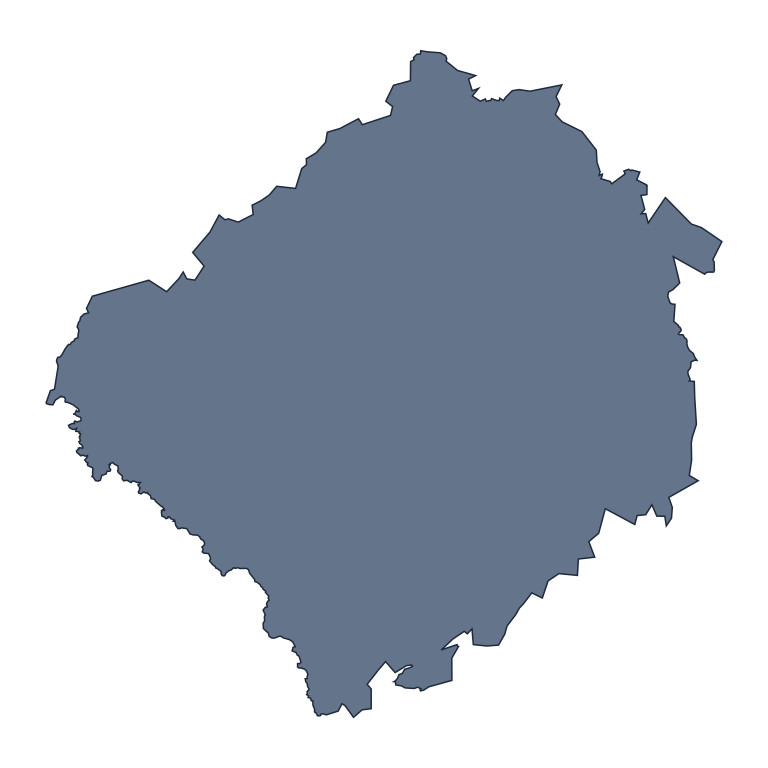 outline of Uthukela, KwaZulu-Natal, South Africa
{"feature_id": "47623444B45932738864801", "entity_name": "Uthukela", "entity_type": "district", "adm_level": 2, "iso_a3": "ZAF", "parent_name": "South Africa", "parent_adm1": "KwaZulu-Natal", "projection": "robinson", "projection_center": [29.405, -28.737], "detail": "fine", "context": "isolated", "style": "filled", "palette": "slate", "viewbox_px": 768, "rotation_deg": 0, "n_neighbors": 0, "source": "geoboundaries", "source_scale": "gbopen_adm2", "svg_char_len": 5993}
<svg xmlns="http://www.w3.org/2000/svg" viewBox="0 0 768 768"><path d="M410.6,61.6L410.4,80.7L393.5,85.3L385.8,101.2L392.6,106.6L390.5,115.4L362.3,124.7L358.5,118.7L339.7,128.6L327.3,132.2L325.6,142.3L316.1,152.9L306.3,158.7L306.5,164.7L301.7,168.6L295.6,188.4L276.7,186.3L269.3,195.0L260.7,200.9L252.1,205.2L253.2,214.5L238.2,222.1L228.3,218.8L225.0,219.8L219.1,215.0L210.0,232.0L192.7,252.4L204.1,266.1L195.0,280.1L186.8,278.9L183.2,272.0L178.9,278.6L166.6,291.7L148.8,280.2L92.3,296.2L86.5,308.4L88.6,312.8L84.0,314.0L80.6,317.2L79.7,321.2L78.6,322.2L77.1,327.0L78.3,328.7L78.8,330.9L78.0,334.7L78.0,337.5L74.7,339.1L74.2,340.8L71.3,342.5L70.2,344.5L68.4,344.5L65.1,348.9L62.3,354.1L59.8,357.2L57.8,357.3L56.9,359.2L56.5,361.3L58.2,365.9L54.6,388.5L54.3,389.4L50.4,390.6L46.1,402.8L46.4,403.6L49.3,404.6L52.9,404.8L55.4,400.1L61.2,396.2L61.9,397.0L64.0,397.0L65.4,399.0L65.0,401.3L65.4,402.1L68.0,402.5L73.1,404.8L78.5,409.0L79.2,411.5L77.7,411.6L76.3,410.4L74.9,413.9L73.1,414.0L75.1,414.4L76.9,415.9L80.4,417.3L81.1,418.8L80.9,420.7L76.9,422.0L75.0,421.0L74.1,422.1L74.4,423.5L72.0,423.6L68.5,425.3L69.5,427.7L72.6,429.4L74.5,429.4L76.6,428.3L75.7,431.2L79.5,432.0L79.1,433.1L80.6,433.9L79.4,436.8L79.9,436.9L79.5,437.7L80.4,440.5L78.9,441.7L79.7,443.5L81.9,445.1L82.8,447.3L82.4,448.3L79.8,447.6L78.3,448.2L78.9,449.1L76.5,450.7L76.7,452.2L80.7,455.8L83.0,455.2L85.1,456.1L87.0,455.7L86.5,456.4L87.4,457.0L84.7,460.0L86.6,462.4L88.0,462.9L87.3,464.2L87.8,465.6L92.6,467.8L92.9,469.3L92.5,473.0L93.0,474.7L91.9,476.4L93.5,477.6L95.4,480.6L98.3,481.1L100.3,480.3L101.8,475.4L106.1,474.0L107.0,471.3L110.0,471.2L110.7,469.6L109.1,467.4L109.7,465.7L109.1,465.0L110.1,464.7L109.5,464.2L110.1,463.6L112.3,462.6L113.2,462.8L113.4,463.5L117.9,466.1L118.3,469.0L117.7,470.5L117.9,471.6L118.7,472.9L121.9,475.6L122.5,476.9L122.1,478.7L123.5,480.8L127.0,480.3L131.2,482.6L132.1,481.4L133.9,481.1L137.3,482.6L140.4,482.4L139.1,484.2L137.9,484.9L140.1,488.0L139.5,488.5L139.6,489.7L138.4,491.6L138.6,493.0L140.9,493.9L144.0,492.0L145.6,493.0L147.5,492.5L147.6,493.5L150.4,495.5L151.2,498.7L154.5,499.3L155.8,501.5L160.7,505.9L163.0,507.3L164.7,510.0L163.8,510.4L162.7,509.6L161.4,510.8L161.9,511.6L161.4,512.2L161.9,516.1L164.6,517.3L166.1,518.7L168.0,518.0L168.1,516.7L169.5,516.9L170.6,518.6L174.5,520.2L173.3,521.2L175.0,521.5L175.8,525.5L177.9,528.5L179.4,528.7L181.5,527.9L186.7,528.6L190.1,534.0L193.0,534.9L197.7,535.2L199.6,536.8L200.8,539.0L203.8,541.0L204.7,543.7L203.7,545.7L201.9,547.0L203.0,548.9L203.0,550.4L202.2,551.8L203.8,553.1L208.6,553.6L210.4,557.6L210.4,559.5L209.6,560.3L209.6,561.0L213.1,565.1L215.1,566.4L215.8,568.1L217.1,568.4L221.0,571.4L221.1,573.6L222.0,575.4L223.9,576.0L225.0,575.3L225.9,573.2L228.7,570.8L231.2,570.0L233.4,567.8L235.5,568.3L237.8,567.7L240.0,568.5L246.5,568.4L248.6,569.8L249.6,573.2L254.6,579.5L254.9,581.7L256.4,581.9L260.4,584.8L260.7,586.2L262.6,587.7L263.1,589.2L265.7,591.2L265.4,592.3L268.8,596.3L268.1,597.9L269.2,600.1L267.6,601.4L266.5,604.0L267.3,606.9L265.3,607.3L263.1,610.1L265.3,615.0L264.4,616.3L264.6,621.1L263.1,623.2L263.4,628.5L266.5,631.6L268.1,632.5L269.2,636.4L271.8,638.0L274.3,638.1L280.2,636.0L283.4,637.9L289.4,639.6L292.8,641.9L295.2,646.8L293.1,647.2L292.1,650.9L296.0,652.5L297.4,655.3L299.0,656.1L301.0,662.3L299.4,663.7L297.6,663.5L297.5,666.8L298.6,667.9L301.2,668.0L304.8,669.3L306.0,670.3L307.3,672.8L307.8,674.8L307.2,676.2L307.2,678.5L305.2,678.7L305.8,681.9L307.2,683.5L307.5,686.3L308.9,688.8L308.6,690.1L307.1,691.5L307.3,693.7L306.6,694.6L308.6,695.9L308.1,697.4L310.7,698.3L311.3,700.8L312.8,700.9L313.0,705.4L314.6,709.1L314.5,711.9L316.3,713.2L317.4,715.7L319.9,715.8L320.7,715.3L320.6,714.5L322.0,713.7L326.4,714.8L338.2,711.1L342.0,703.7L345.2,705.8L353.5,717.3L362.2,709.8L371.2,708.7L371.2,689.0L367.2,684.3L378.5,669.8L385.6,661.6L395.1,672.6L406.5,665.6L411.6,665.0L412.5,666.3L409.4,667.9L404.6,669.3L402.3,673.5L398.9,674.6L397.7,678.0L395.6,680.7L394.0,681.6L395.4,681.7L395.7,684.9L401.5,685.9L405.1,687.9L414.4,688.5L417.5,687.2L421.0,688.7L420.0,689.9L420.6,690.9L423.6,690.2L428.9,686.8L451.9,680.4L451.8,658.1L458.5,646.5L457.8,646.3L457.0,644.6L441.3,649.9L452.9,639.0L464.3,631.3L467.3,633.8L472.0,628.9L473.3,644.6L486.7,646.0L498.5,645.1L504.8,634.1L507.0,626.1L515.8,614.5L519.3,608.2L523.6,603.6L531.8,592.9L542.3,598.0L548.1,580.9L558.9,573.6L577.4,575.4L578.4,559.0L594.7,557.2L588.8,541.6L598.7,533.3L605.3,508.7L634.8,524.5L637.1,515.6L645.7,514.7L651.9,504.8L656.8,516.1L664.8,516.3L666.3,525.9L671.5,518.2L671.7,515.4L672.3,507.4L668.8,497.4L698.2,480.7L689.3,475.5L691.6,460.2L691.3,442.6L692.3,437.1L696.4,424.4L694.7,397.1L694.3,381.4L689.2,381.0L690.0,380.0L690.0,378.9L688.3,374.8L687.8,372.1L688.1,371.0L690.5,367.6L691.2,361.7L694.8,360.2L697.0,360.4L694.8,357.3L693.3,353.5L689.7,350.6L687.9,347.6L686.8,343.9L687.1,341.3L686.4,339.0L684.5,337.6L683.0,334.8L679.1,334.6L678.4,334.0L678.9,332.9L680.8,331.3L681.2,329.7L679.9,327.2L678.7,326.6L678.3,325.3L673.8,321.4L675.0,304.3L672.0,304.0L670.2,303.0L668.1,297.6L667.8,295.5L668.7,291.9L672.7,289.8L679.7,283.0L673.3,256.7L704.7,274.2L706.2,272.7L708.2,272.1L713.6,272.1L714.4,270.5L714.1,261.9L712.9,259.5L721.9,241.6L701.6,227.7L691.3,224.0L665.4,197.6L648.2,223.0L645.7,213.5L641.1,213.9L644.7,209.5L641.0,195.4L646.9,194.6L647.0,185.8L646.5,185.9L646.6,184.9L636.7,179.8L639.8,172.1L631.9,170.0L630.8,170.7L628.7,169.3L623.9,171.0L625.2,173.9L611.7,183.8L610.3,181.5L600.9,178.7L602.2,175.7L602.4,174.1L599.1,175.5L600.1,171.7L597.0,162.4L596.3,150.1L581.9,131.6L562.1,121.8L555.4,114.5L559.7,104.1L556.1,96.6L561.8,84.9L530.0,91.2L519.0,89.6L512.2,90.7L505.7,97.2L503.4,100.6L499.8,98.1L499.2,100.5L496.7,100.5L491.6,98.6L490.9,100.3L486.3,101.3L485.3,98.9L480.3,101.2L472.3,96.0L478.5,88.4L472.2,90.8L468.6,79.1L475.6,75.6L457.6,70.5L446.0,61.1L446.8,58.7L445.5,55.7L440.3,52.8L427.2,51.8L420.7,50.7L420.4,54.1L416.9,54.2L413.5,57.6L414.1,59.8L410.6,61.6Z" fill="#64748b" stroke="#1e293b" stroke-width="1.5"/></svg>